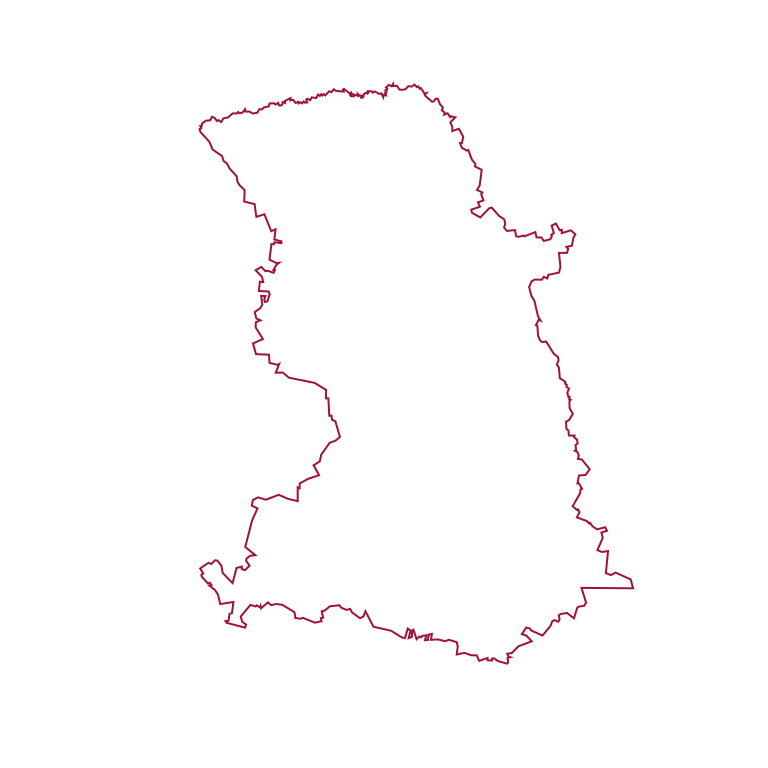 outline of Sahagún, Córdoba, Colombia, rotated 168°
{"feature_id": "7082276B34877429512170", "entity_name": "Sahagún", "entity_type": "district", "adm_level": 2, "iso_a3": "COL", "parent_name": "Colombia", "parent_adm1": "Córdoba", "projection": "albers", "projection_center": [-75.428, 8.796], "detail": "fine", "context": "isolated", "style": "outline", "palette": "rose", "viewbox_px": 768, "rotation_deg": 168, "n_neighbors": 0, "source": "geoboundaries", "source_scale": "gbopen_adm2", "svg_char_len": 6150}
<svg xmlns="http://www.w3.org/2000/svg" viewBox="0 0 768 768"><g transform="rotate(168 384 384)"><path d="M183.4,141.6L196.7,151.4L201.8,149.9L206.3,152.9L199.6,174.0L205.7,174.4L209.8,177.1L202.0,188.1L202.2,193.6L196.4,194.0L197.4,197.9L205.7,197.5L209.7,201.5L211.3,205.3L212.2,204.8L214.1,207.8L223.1,213.4L219.4,218.0L220.4,221.1L221.4,220.7L224.9,225.2L214.8,236.5L213.6,240.1L212.0,240.3L214.2,246.7L215.4,246.6L212.3,254.0L205.8,253.1L200.5,257.8L206.2,269.0L209.9,270.4L208.3,273.5L209.0,277.5L211.2,279.0L209.8,279.5L209.4,284.4L206.9,285.7L206.8,289.3L209.3,292.8L208.4,293.9L213.9,295.2L213.2,300.1L214.9,302.1L213.8,309.2L210.4,310.3L205.5,315.5L207.5,321.9L206.3,328.2L204.7,329.8L206.0,330.3L205.2,332.8L206.3,332.8L206.5,337.4L204.0,341.0L206.2,343.4L205.3,345.3L206.8,346.6L206.2,348.5L210.8,353.1L209.5,364.0L210.9,366.8L208.3,371.0L208.1,374.1L211.6,378.2L216.6,391.9L220.5,392.0L222.3,394.2L223.2,399.0L221.9,409.3L223.2,409.9L219.4,414.7L217.7,413.5L219.3,418.5L219.6,434.3L221.5,439.4L221.9,448.8L218.3,453.7L214.9,454.8L207.8,453.2L205.4,455.6L202.4,453.3L200.5,456.6L189.6,456.6L187.0,462.1L185.6,475.9L177.8,474.2L175.7,477.8L177.0,480.2L171.5,480.2L168.2,487.9L165.7,490.6L169.3,495.5L178.8,494.6L178.0,497.8L180.2,497.9L182.5,505.2L187.1,504.1L186.4,496.4L189.4,495.1L189.1,493.6L191.2,491.0L198.0,490.7L199.5,494.6L204.3,495.7L204.4,501.1L216.0,499.2L216.6,500.2L222.0,500.0L224.0,501.0L223.9,507.3L231.9,508.2L234.0,512.1L232.1,515.6L232.1,520.0L236.4,524.4L242.0,534.2L244.6,534.0L255.2,526.9L262.4,533.2L262.4,536.4L253.3,537.5L254.3,542.2L248.6,542.9L249.4,549.6L248.0,550.9L252.7,554.5L249.1,558.3L243.9,573.2L249.8,577.9L248.8,580.1L251.4,585.4L252.9,595.4L254.5,595.1L258.7,598.9L259.5,603.9L257.6,603.6L255.1,609.4L257.7,618.1L264.6,617.2L263.7,621.2L264.7,626.2L258.8,630.0L263.1,632.0L263.8,631.3L265.5,635.6L269.1,635.0L268.2,636.7L270.6,639.8L268.8,642.1L271.1,646.0L272.0,651.8L274.1,652.3L276.8,650.0L278.4,650.2L283.7,657.3L284.0,658.4L282.1,659.7L284.0,659.7L286.4,665.6L285.5,666.0L287.7,665.4L288.6,668.0L290.1,667.6L292.0,670.6L294.8,669.2L298.3,670.2L302.0,667.8L305.5,668.1L307.7,668.8L309.5,673.1L313.1,673.5L312.7,675.6L314.8,673.7L317.0,675.6L320.4,673.7L319.4,672.2L321.6,670.9L320.4,670.2L321.6,667.8L322.4,668.2L322.1,665.9L324.1,666.8L325.1,664.6L326.1,668.9L328.3,668.6L332.0,672.0L334.5,671.4L334.7,672.6L339.8,674.1L338.1,673.0L339.7,671.4L341.1,672.7L343.8,671.5L344.0,670.0L345.3,670.3L345.2,668.7L346.8,668.7L346.5,670.9L348.0,671.0L349.4,673.3L349.7,671.3L353.1,673.4L353.8,671.6L356.6,672.6L357.0,673.8L355.0,674.2L355.5,675.9L356.9,675.1L361.8,680.9L362.9,680.5L362.7,678.4L370.0,680.7L371.9,682.7L374.5,680.4L376.9,681.7L381.4,678.5L382.6,680.1L384.4,679.0L385.1,680.5L386.9,679.1L388.2,680.9L390.9,677.8L395.0,679.4L397.2,677.0L399.7,679.0L401.0,678.2L400.6,675.3L403.0,675.7L403.8,677.1L405.7,675.5L407.4,677.0L409.2,676.2L409.4,677.9L412.0,677.2L413.8,680.8L416.6,680.9L416.0,683.1L422.0,681.5L422.4,679.5L424.5,680.9L425.4,678.4L427.6,677.9L428.8,678.4L429.0,681.0L432.0,679.9L433.2,681.4L437.5,682.2L439.0,679.5L443.9,679.5L446.3,678.0L448.8,678.7L451.5,675.7L456.2,675.9L458.9,678.4L462.8,679.2L462.7,681.7L466.1,678.9L469.3,678.9L470.0,680.4L472.0,679.2L475.8,680.2L481.1,677.2L485.8,677.2L488.9,674.1L491.1,676.6L492.7,675.9L494.4,679.6L496.8,681.1L499.0,678.1L503.5,678.6L507.9,676.6L508.6,674.4L510.1,674.5L509.4,672.4L511.5,671.6L511.1,668.6L504.4,657.1L502.9,649.0L495.0,640.6L494.5,635.5L491.7,632.3L490.2,626.8L484.9,617.8L485.3,612.4L484.0,608.6L480.0,602.5L482.8,591.5L473.2,586.9L474.1,574.0L465.7,574.9L462.5,556.9L457.9,557.9L461.2,548.2L454.6,544.8L455.1,543.1L461.8,545.4L462.7,543.6L465.0,544.3L470.1,529.5L464.1,524.6L461.6,524.3L464.3,523.1L468.4,518.5L467.1,518.1L468.9,515.7L474.3,519.0L476.4,518.9L479.7,524.0L485.9,522.0L481.0,514.2L481.0,508.8L484.1,509.9L487.1,501.0L477.7,498.5L477.1,495.7L480.7,489.3L482.1,489.0L483.5,489.1L483.5,492.0L481.7,494.6L485.8,495.8L486.6,486.7L489.0,484.1L495.5,481.2L495.2,474.6L491.6,472.0L496.5,471.1L497.8,466.1L493.1,453.2L503.7,450.9L503.0,439.8L490.5,436.6L491.5,428.4L484.1,424.9L482.4,425.4L487.5,417.5L480.7,416.3L475.6,409.9L451.6,399.5L441.9,390.3L443.7,382.0L441.4,381.5L444.1,364.3L441.9,363.9L442.2,359.8L439.3,357.7L438.1,341.4L443.1,338.7L449.5,337.7L460.1,327.9L462.8,321.8L469.7,319.1L466.5,308.3L478.0,307.0L487.2,304.2L488.2,299.5L489.9,300.8L492.8,287.4L501.9,291.7L510.0,297.5L523.6,295.4L530.7,299.3L536.4,297.8L538.6,292.5L533.6,288.6L541.3,278.1L553.6,253.4L545.4,243.3L550.7,243.8L554.7,241.9L555.6,239.6L553.2,234.2L558.8,230.8L561.7,232.8L561.0,234.9L566.5,234.7L573.5,220.7L581.1,232.7L580.8,240.1L583.7,245.9L586.0,246.7L590.3,243.8L592.9,245.6L602.2,241.8L600.2,236.2L602.3,235.4L602.3,233.3L597.6,225.3L595.8,225.9L594.6,223.2L596.6,223.0L592.1,217.6L590.1,212.2L589.9,202.8L576.6,202.1L580.3,191.6L583.0,191.1L585.4,184.6L588.3,185.0L587.4,183.0L570.6,174.6L568.9,177.3L572.1,180.9L572.5,186.3L560.6,195.7L555.9,193.1L554.5,193.9L551.8,191.4L550.9,192.7L550.9,190.2L542.9,194.5L540.4,191.1L535.4,191.3L529.4,189.2L519.0,179.4L519.4,173.6L514.3,171.7L512.0,172.2L501.2,164.9L494.5,165.0L494.4,168.1L492.1,168.1L492.2,174.6L489.1,174.7L483.2,177.8L473.8,176.9L472.1,173.9L467.6,170.8L463.9,171.1L462.8,167.3L456.2,159.9L452.5,160.8L449.4,165.6L444.8,148.8L428.4,141.2L419.1,132.3L416.3,131.1L411.6,139.8L409.3,137.3L412.7,130.3L409.3,130.8L407.6,137.2L406.3,137.6L405.2,127.6L402.0,129.7L400.4,128.5L399.0,129.7L394.7,129.4L397.2,124.9L394.3,124.5L392.3,129.5L389.1,129.6L391.2,124.0L384.2,122.9L377.7,119.7L373.7,120.3L366.5,116.3L366.4,112.1L369.1,104.3L361.2,104.3L355.0,100.5L349.7,99.3L348.5,93.4L339.7,94.5L340.1,92.1L335.9,91.1L335.4,92.9L333.5,92.8L330.0,89.2L321.9,84.9L320.5,85.7L320.1,90.3L317.3,90.5L318.9,91.4L319.5,94.5L315.0,94.3L307.2,99.4L293.0,101.7L296.9,108.1L301.1,110.7L295.6,116.2L291.8,114.3L291.6,112.6L281.3,105.0L271.5,112.7L268.8,116.9L266.3,117.6L262.8,115.2L261.2,117.4L261.1,121.4L259.4,122.2L252.7,122.1L246.9,115.3L241.7,124.6L240.4,125.7L234.3,125.5L231.8,128.1L233.2,143.5L182.8,132.4L183.4,141.6Z" fill="none" stroke="#9f1239" stroke-width="2"/></g></svg>